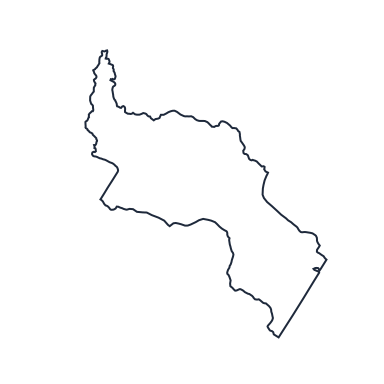 Baião, Pará, Brazil, rotated 122°
{"feature_id": "56859067B46616418398900", "entity_name": "Baião", "entity_type": "district", "adm_level": 2, "iso_a3": "BRA", "parent_name": "Brazil", "parent_adm1": "Pará", "projection": "robinson", "projection_center": [-49.732, -3.168], "detail": "fine", "context": "isolated", "style": "outline", "palette": "slate", "viewbox_px": 384, "rotation_deg": 122, "n_neighbors": 0, "source": "geoboundaries", "source_scale": "gbopen_adm2", "svg_char_len": 6075}
<svg xmlns="http://www.w3.org/2000/svg" viewBox="0 0 384 384"><g transform="rotate(122 192 192)"><path d="M115.5,190.3L116.4,191.6L116.0,193.5L115.5,194.8L114.9,198.9L115.2,201.6L115.8,203.5L116.8,204.7L119.7,205.1L121.3,204.5L122.2,205.0L122.9,206.2L123.7,207.0L125.0,207.6L126.1,209.9L125.7,210.8L125.4,212.5L124.9,214.3L124.6,216.0L125.0,218.8L127.9,223.6L128.5,225.8L128.5,227.9L127.9,230.7L128.2,232.8L129.5,234.6L130.6,236.6L131.4,237.7L131.9,239.0L132.4,242.8L132.0,247.2L132.3,249.8L133.4,251.5L134.9,252.9L136.8,254.3L139.0,255.4L141.5,256.9L143.0,259.3L146.5,258.8L147.8,259.7L149.5,261.6L151.5,262.4L151.2,266.0L150.2,267.5L150.9,269.0L150.7,270.5L150.1,272.0L150.2,273.2L150.9,275.2L152.4,276.1L154.2,277.5L155.7,279.9L156.3,281.5L156.1,284.0L157.3,284.4L158.3,285.3L159.0,286.9L159.6,287.9L159.7,289.4L159.7,291.1L158.8,291.8L157.2,292.6L156.5,293.1L155.8,293.8L155.5,294.6L155.5,295.7L156.3,296.4L157.1,296.6L158.2,296.7L158.6,297.5L158.6,298.7L158.7,299.9L159.0,300.9L158.5,301.5L157.1,302.6L156.0,304.1L155.5,305.1L154.9,305.7L154.7,306.8L153.6,308.4L153.0,309.0L152.3,309.7L151.5,310.2L150.9,310.8L148.6,312.8L147.7,313.7L146.6,314.2L145.0,314.7L144.1,314.6L143.0,314.0L142.1,313.8L141.3,314.1L140.7,314.6L140.3,315.4L140.1,316.5L140.2,318.0L140.4,320.4L139.4,320.6L139.2,319.7L138.3,319.5L138.1,318.6L137.8,317.8L137.1,317.4L136.4,317.5L134.6,318.0L133.9,318.6L133.3,319.4L131.8,320.9L130.9,322.7L130.0,323.0L129.4,323.6L128.9,324.7L128.2,325.1L127.3,325.4L126.5,326.1L126.4,326.9L126.7,327.8L126.7,328.8L127.0,329.7L127.2,330.6L126.1,330.7L125.2,331.0L124.6,331.5L123.9,332.5L123.4,333.3L123.7,334.3L124.3,335.0L124.6,335.9L123.7,336.2L122.7,336.2L121.8,336.6L120.9,337.2L120.1,337.5L119.2,337.7L118.4,337.9L117.6,338.3L116.9,339.0L117.6,339.8L118.4,340.1L119.2,340.7L119.9,342.8L120.9,342.8L121.7,342.4L122.2,341.7L122.9,341.1L123.7,340.6L124.5,340.7L125.3,341.2L126.2,341.5L127.1,341.4L128.6,340.8L130.2,339.9L131.0,339.5L131.7,338.8L134.0,338.7L135.7,338.8L136.6,338.7L138.5,339.3L139.2,339.3L141.1,340.3L141.8,339.3L142.3,338.5L143.0,337.9L143.7,336.2L144.0,335.1L144.5,334.4L145.2,333.9L146.0,333.8L147.0,333.9L147.9,334.4L148.9,334.6L149.7,334.0L150.8,332.2L151.0,331.4L151.9,331.1L152.6,330.6L154.6,330.6L155.6,330.5L157.8,329.2L158.6,328.6L159.4,328.5L160.2,328.8L160.9,328.7L162.6,328.9L163.5,329.0L164.3,329.0L165.2,328.8L166.2,328.2L168.4,326.9L170.1,324.9L170.8,323.9L170.8,323.0L171.3,321.8L173.5,320.2L174.3,319.5L175.1,319.0L176.0,318.9L176.5,319.7L177.7,319.9L178.7,320.2L179.8,320.5L181.1,320.5L181.8,319.9L182.6,319.6L183.1,319.0L184.3,319.1L185.6,318.8L186.7,318.7L187.5,318.9L188.1,319.3L189.1,319.5L190.7,318.4L191.7,317.7L192.6,317.0L193.6,316.6L194.1,315.8L194.0,314.9L194.3,313.7L194.9,313.2L194.9,312.1L195.5,310.4L195.3,309.5L195.2,307.5L196.0,306.5L196.3,305.1L196.5,304.1L196.8,303.0L197.1,301.7L198.1,300.9L198.5,299.9L199.3,299.5L200.3,299.5L201.1,299.1L202.0,298.8L203.3,298.8L204.1,299.9L205.3,298.5L206.4,298.1L206.2,297.1L206.7,296.4L207.7,295.7L208.4,295.1L209.6,295.5L210.1,296.8L211.2,297.4L212.1,297.2L212.9,296.8L213.5,295.8L213.8,294.9L213.6,293.8L213.2,293.1L212.8,292.0L212.6,291.1L212.3,288.2L211.7,286.6L211.4,284.8L210.8,283.0L210.6,281.5L210.5,279.7L210.4,277.7L209.8,274.9L209.8,273.7L210.0,272.1L210.4,270.7L210.5,269.2L211.3,267.7L212.7,266.2L214.1,265.7L223.7,265.7L233.3,265.8L239.4,265.7L246.8,265.7L246.8,264.6L247.0,263.7L247.2,262.7L248.2,260.9L248.6,260.2L249.2,258.2L248.9,257.3L248.8,256.0L249.1,254.5L249.4,253.6L249.9,252.5L250.0,251.5L249.6,250.6L248.6,249.3L247.9,248.8L246.6,248.1L245.4,248.0L244.3,248.1L243.6,246.9L243.3,244.7L242.7,242.4L242.6,241.1L241.9,238.7L241.5,237.9L239.4,236.0L237.8,232.9L238.0,228.2L235.3,222.8L233.4,219.5L232.9,213.8L231.5,206.8L231.0,200.4L232.6,195.0L232.8,192.8L228.4,191.2L226.9,189.4L225.9,186.7L225.1,184.1L224.2,180.1L222.7,177.8L220.3,175.9L215.6,172.9L212.2,171.1L208.9,168.3L207.0,163.4L206.1,160.5L205.4,156.5L205.9,153.9L206.8,150.3L207.2,147.2L207.2,144.3L207.0,142.0L207.5,140.9L208.7,139.9L209.5,139.5L210.5,138.3L210.9,137.5L211.3,135.7L213.0,135.1L216.4,132.2L217.8,130.6L219.3,129.1L221.1,127.0L222.0,124.9L223.1,123.7L225.0,123.0L228.7,122.1L230.5,121.4L233.1,120.8L234.6,120.9L236.3,120.2L238.8,120.2L240.6,119.8L242.0,119.3L242.8,118.4L242.9,117.3L243.9,115.6L246.5,112.4L249.4,111.2L251.5,109.6L251.7,108.4L251.8,107.1L252.5,104.8L252.8,103.1L251.9,102.0L249.2,100.2L248.7,99.3L248.5,97.0L248.6,95.7L248.9,94.2L248.6,90.6L248.1,89.2L248.2,87.4L248.2,86.1L248.6,84.6L249.1,83.7L249.6,81.8L249.1,80.4L248.3,79.2L247.6,78.5L247.7,76.8L248.3,72.8L247.8,71.2L247.3,70.3L247.7,67.9L248.0,66.1L248.7,64.1L249.7,62.7L251.5,61.3L252.8,59.7L254.6,58.0L256.0,56.6L257.8,56.1L259.2,56.0L261.7,56.2L263.4,56.5L265.2,56.8L266.0,56.7L266.6,55.9L267.9,53.1L268.1,52.3L267.9,51.4L267.6,50.6L267.8,48.9L269.4,47.2L269.4,41.5L243.1,41.2L223.4,41.2L202.7,41.4L193.0,41.4L192.4,42.2L192.8,44.6L193.0,45.9L193.2,46.9L192.8,48.2L191.2,47.2L190.5,46.3L190.0,45.4L189.7,44.5L191.0,42.2L188.9,42.1L178.1,42.1L177.9,43.3L177.5,44.7L177.1,45.5L176.7,46.4L176.7,48.8L176.5,51.7L176.7,53.0L176.5,54.4L174.9,55.3L173.4,55.3L172.0,55.2L170.8,55.2L169.7,55.3L169.0,57.2L168.1,58.9L167.1,60.2L165.8,61.0L164.6,61.9L163.5,63.6L163.3,64.4L163.2,67.9L163.9,70.0L165.8,74.5L166.4,75.5L167.9,77.4L168.3,78.7L167.9,80.6L167.1,82.3L166.3,83.7L166.0,84.9L165.7,88.2L165.5,89.6L165.1,91.9L165.1,95.5L164.5,98.3L164.0,104.4L162.9,109.9L161.6,117.0L160.7,123.0L159.0,127.8L156.9,130.7L151.6,133.7L148.1,135.1L146.6,135.6L143.9,136.5L143.0,136.7L141.2,137.0L138.8,137.4L137.1,137.5L135.3,137.8L135.6,140.4L135.3,141.2L134.4,142.9L133.2,143.2L132.2,143.8L132.2,144.9L133.4,146.4L132.5,150.6L131.8,153.2L132.0,155.2L132.4,156.5L132.6,157.6L133.5,158.1L133.9,159.5L133.6,161.2L132.3,162.8L131.3,164.0L131.1,166.0L131.9,167.7L131.6,169.0L129.9,170.4L127.6,170.3L126.0,171.0L125.1,172.4L124.1,174.7L123.7,175.6L122.9,177.7L122.0,178.6L119.8,180.4L118.8,181.3L117.6,182.0L115.9,183.6L115.8,185.2L115.1,186.5L114.6,188.2L115.5,190.3Z" fill="none" stroke="#1e293b" stroke-width="2"/></g></svg>